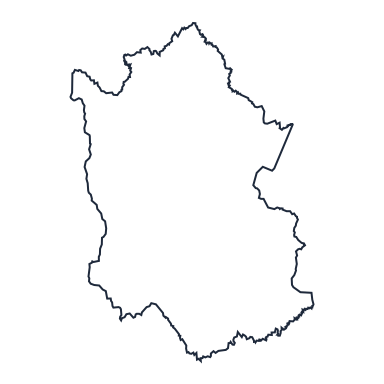 outline of Khlong Lan, Kamphaeng Phet, Thailand
{"feature_id": "78962969B45862873771637", "entity_name": "Khlong Lan", "entity_type": "district", "adm_level": 2, "iso_a3": "THA", "parent_name": "Thailand", "parent_adm1": "Kamphaeng Phet", "projection": "equal_earth", "projection_center": [99.272, 16.258], "detail": "fine", "context": "isolated", "style": "outline", "palette": "slate", "viewbox_px": 384, "rotation_deg": 0, "n_neighbors": 0, "source": "geoboundaries", "source_scale": "gbopen_adm2", "svg_char_len": 5865}
<svg xmlns="http://www.w3.org/2000/svg" viewBox="0 0 384 384"><path d="M294.3,275.1L296.0,270.5L295.7,269.1L296.8,264.0L295.9,257.6L297.1,255.5L296.0,251.4L298.1,249.3L299.7,248.8L301.2,249.3L302.3,247.3L305.0,245.3L304.2,243.9L303.8,244.3L303.5,243.3L301.6,242.9L298.2,240.0L296.3,237.0L294.4,236.5L294.1,235.0L294.8,232.4L293.8,231.1L294.3,227.9L295.8,225.7L296.1,223.5L297.9,219.6L297.0,217.9L297.0,216.8L295.9,216.2L294.1,213.5L292.2,214.2L290.1,211.2L286.6,211.2L282.6,209.6L282.6,208.5L280.9,208.3L279.8,209.0L279.4,208.2L277.2,207.5L274.4,209.1L268.1,207.5L263.6,198.9L261.2,198.9L258.9,197.9L259.9,194.0L259.2,190.5L257.2,188.4L255.7,188.1L253.3,185.2L256.7,172.9L262.8,166.8L272.1,170.7L274.3,168.4L292.7,124.6L292.4,124.0L290.5,124.1L290.2,125.0L288.8,125.0L288.2,126.0L287.5,125.6L287.0,127.2L283.9,128.4L283.4,128.0L281.9,129.8L279.6,128.1L280.0,127.5L279.6,122.7L276.7,124.1L275.3,120.6L267.3,123.7L264.9,123.4L263.8,122.4L263.4,118.7L264.3,111.4L261.7,106.1L257.3,107.3L254.8,106.7L253.4,104.1L252.0,103.4L252.3,102.2L248.7,100.1L248.2,98.1L240.5,94.6L240.3,93.7L238.4,93.8L238.0,92.4L237.1,93.1L237.1,92.0L235.7,90.7L234.6,91.7L233.7,91.0L232.6,91.4L232.7,90.1L231.9,89.9L231.8,88.9L228.8,87.2L229.6,85.8L228.8,85.7L228.1,83.7L229.1,83.6L228.8,82.5L230.0,81.8L228.3,78.1L229.8,75.5L229.2,74.0L230.7,72.9L230.5,72.2L231.3,71.7L230.8,70.8L231.7,69.8L230.1,68.3L229.6,68.9L225.7,68.2L224.4,64.2L225.1,63.8L224.3,59.7L222.6,58.5L223.0,56.9L222.4,57.4L221.8,54.5L217.7,50.9L218.1,49.5L216.8,47.5L215.6,47.0L215.6,46.1L213.2,46.5L212.4,44.8L211.7,44.8L211.6,43.4L211.0,43.7L209.7,42.6L209.1,43.5L208.8,42.5L207.5,42.6L206.5,43.8L205.7,42.1L204.6,41.7L205.3,39.9L205.8,40.0L205.9,38.6L204.5,37.1L202.4,36.8L203.3,36.0L203.1,35.2L202.4,35.3L202.3,34.2L200.7,34.7L200.0,34.1L199.3,31.1L199.8,30.3L198.3,30.0L197.4,28.7L197.1,26.7L196.6,26.9L195.4,24.5L195.4,23.2L193.0,23.0L191.7,25.2L189.1,26.2L187.7,28.0L186.2,28.0L185.6,29.0L184.3,27.7L183.3,29.3L182.1,28.2L177.9,36.4L174.9,32.7L173.7,35.1L172.9,35.3L171.5,38.8L172.2,41.2L169.3,43.2L169.1,44.6L167.8,44.2L166.6,45.8L164.7,46.4L164.9,48.3L163.4,49.0L163.2,50.3L159.7,51.9L159.6,55.4L157.3,53.5L156.2,51.2L155.2,50.8L153.8,51.1L153.3,54.0L151.5,54.5L150.7,51.8L149.4,50.2L149.5,49.1L147.4,47.1L144.8,48.9L142.2,48.5L140.3,50.1L140.7,52.6L136.9,52.2L134.4,54.7L130.8,55.7L127.9,54.3L126.1,55.5L125.4,54.6L124.4,54.9L123.7,57.0L124.6,59.5L124.1,60.7L124.6,61.6L125.3,61.1L126.4,62.2L126.1,63.1L125.1,63.4L125.1,64.3L125.6,64.6L126.5,63.6L126.9,64.8L128.2,64.6L127.7,65.2L128.7,66.1L130.2,65.1L129.1,68.2L130.0,68.5L131.3,67.3L130.2,70.6L131.3,72.0L129.6,74.5L130.0,77.0L128.5,76.9L128.0,78.8L124.7,81.8L123.7,81.9L123.4,83.8L124.0,84.8L122.2,87.2L122.2,89.5L121.5,89.7L121.4,91.2L119.4,92.2L117.3,95.1L113.5,94.8L112.1,92.5L106.2,93.2L103.8,91.3L101.4,91.1L99.6,87.5L97.9,85.8L97.4,82.6L94.4,83.8L93.9,80.3L91.2,80.5L90.3,79.4L89.6,76.7L87.2,76.2L85.5,72.6L82.0,72.3L80.7,70.3L79.1,70.0L78.4,71.0L74.9,69.9L73.6,72.7L72.4,73.3L72.1,92.7L70.5,96.9L71.1,98.3L73.5,100.3L74.7,100.4L78.9,98.2L81.7,99.5L82.8,103.2L84.5,105.7L83.9,110.2L84.3,112.5L85.1,113.6L84.3,116.2L84.4,119.0L86.1,121.4L84.3,128.1L84.9,132.3L89.5,135.1L89.8,136.1L90.0,143.6L90.7,144.1L89.1,149.3L90.8,154.5L89.4,158.1L85.8,161.4L84.6,167.0L87.1,174.2L86.4,178.8L87.7,183.2L88.2,190.7L88.8,192.7L90.8,194.6L91.9,198.6L91.7,200.6L96.7,204.9L97.3,208.9L101.2,213.5L102.3,219.0L105.1,221.3L106.2,228.4L105.7,233.9L103.5,236.9L102.0,237.7L101.8,244.5L100.1,248.7L99.9,254.5L98.8,256.8L98.9,260.9L93.5,262.0L92.3,261.4L91.9,262.7L89.4,264.0L89.7,267.2L88.5,276.5L89.3,278.3L89.0,281.3L90.7,283.7L94.2,285.0L99.2,285.5L102.7,289.5L105.8,291.1L107.2,298.6L110.7,298.5L111.1,301.0L112.1,302.4L112.5,306.0L113.4,307.6L118.6,307.1L120.1,307.8L120.9,309.2L121.4,315.0L120.2,316.7L119.9,318.6L121.1,320.4L121.9,318.2L124.6,317.2L126.4,314.2L129.7,313.5L133.4,317.7L135.1,316.9L135.7,314.4L136.7,313.8L139.2,313.8L141.3,315.0L141.9,312.4L146.6,307.1L149.5,306.2L151.3,303.2L155.9,304.3L163.0,313.0L163.4,315.7L165.6,317.7L165.9,317.1L168.1,318.6L168.1,319.8L170.9,323.6L171.2,325.5L173.3,326.1L173.1,327.4L174.8,328.7L179.0,334.2L178.8,335.6L180.3,335.8L180.0,337.9L180.7,340.0L182.3,339.2L186.3,345.5L186.1,348.6L187.0,352.6L188.5,352.1L189.4,353.4L191.3,353.8L193.4,352.6L194.3,355.0L196.4,353.0L197.0,359.6L198.5,358.8L200.8,361.0L200.6,358.2L202.5,358.1L203.2,356.4L205.3,357.4L207.7,356.3L210.2,357.1L210.9,356.0L210.9,353.5L213.5,351.2L215.6,352.9L218.4,350.9L225.8,349.9L228.0,348.2L228.6,343.1L230.1,343.0L230.6,341.9L232.5,344.6L233.9,344.8L234.8,342.9L233.5,341.1L233.4,339.6L234.2,337.5L236.9,336.5L237.8,332.0L241.8,337.1L243.0,334.5L244.7,335.5L246.0,336.7L246.8,339.2L249.4,338.2L250.3,336.9L252.2,337.2L254.0,340.7L254.0,341.9L255.2,341.7L255.5,342.4L256.6,340.6L258.7,340.9L259.3,339.5L260.0,339.7L260.1,340.8L260.8,340.8L262.7,338.8L266.2,340.4L266.5,339.1L265.7,337.9L266.3,336.9L267.5,336.7L268.3,334.7L271.8,335.0L271.6,332.5L274.8,332.4L275.8,328.6L277.5,329.4L277.9,330.6L277.6,332.7L278.1,333.6L277.3,334.7L277.9,334.7L278.2,335.7L279.8,335.7L280.7,332.9L280.6,331.2L281.7,330.0L281.6,327.7L283.9,329.7L286.0,328.3L286.5,327.1L285.6,326.8L287.6,325.4L287.4,323.9L288.8,324.3L289.2,323.5L288.6,322.6L289.4,322.2L289.6,321.1L293.1,321.4L294.8,319.5L294.6,318.2L295.6,318.9L295.5,317.4L296.3,319.5L297.2,319.5L296.8,317.4L297.4,317.3L297.7,318.3L298.4,317.9L298.4,317.0L299.1,316.7L298.6,315.4L299.5,314.6L301.1,315.4L302.0,313.4L301.5,313.0L302.1,312.6L301.8,312.0L302.5,311.1L303.0,311.5L302.7,310.0L303.4,310.5L303.4,309.6L304.6,309.8L304.8,309.1L305.6,309.8L306.1,308.8L307.6,309.0L308.2,307.7L309.3,308.3L310.2,307.5L311.5,308.5L311.7,307.4L312.3,307.4L312.3,305.9L312.9,305.8L313.5,304.3L312.3,299.8L311.5,292.8L300.4,292.2L293.4,287.2L292.0,284.9L291.7,278.4L294.3,275.1Z" fill="none" stroke="#1e293b" stroke-width="2"/></svg>